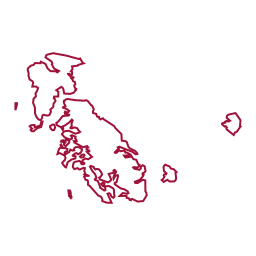 the district of Prince of Wales-Hyder, United States of America
{"feature_id": "52423323B55198873775030", "entity_name": "Prince of Wales-Hyder", "entity_type": "district", "adm_level": 2, "iso_a3": "USA", "parent_name": "United States of America", "parent_adm1": "", "projection": "robinson", "projection_center": [-133.066, 55.883], "detail": "fine", "context": "isolated", "style": "outline", "palette": "rose", "viewbox_px": 256, "rotation_deg": 0, "n_neighbors": 0, "source": "geoboundaries", "source_scale": "gbopen_adm2", "svg_char_len": 5742}
<svg xmlns="http://www.w3.org/2000/svg" viewBox="0 0 256 256"><path d="M56.3,122.9L57.1,125.3L61.0,127.2L62.7,129.9L63.3,129.1L63.2,128.0L61.9,126.8L64.9,125.5L69.6,122.1L71.8,119.6L72.7,120.4L71.5,123.8L71.8,126.0L70.5,127.6L70.5,128.2L72.0,128.4L74.1,127.4L77.2,128.2L78.7,130.7L80.1,131.8L78.9,132.7L75.3,133.7L68.9,130.8L65.6,131.1L64.0,131.5L61.9,134.3L64.6,137.3L68.9,139.2L70.2,139.4L71.9,138.7L72.0,137.5L70.9,135.7L72.0,135.2L75.6,136.7L75.1,138.5L76.2,139.5L76.7,141.2L73.8,141.1L74.5,142.6L83.0,147.2L87.2,146.1L88.2,147.5L86.6,147.8L86.5,149.5L89.3,150.6L89.3,151.3L86.9,151.9L92.0,156.9L88.1,159.3L85.6,158.5L82.7,160.1L82.2,161.7L84.4,163.2L83.9,164.2L81.6,164.2L80.5,161.8L79.6,160.9L74.6,161.9L73.4,163.3L72.8,166.9L74.3,169.1L77.5,168.1L79.2,169.5L80.1,169.4L83.4,167.9L84.9,168.1L84.3,170.9L85.3,173.7L84.5,174.3L89.5,175.9L85.2,175.9L84.1,176.5L85.5,179.7L87.6,180.3L88.1,182.1L88.0,184.8L89.7,185.9L98.2,195.5L101.1,196.8L102.4,199.3L102.2,201.0L106.8,202.7L111.6,202.8L107.5,193.7L109.3,193.2L110.4,194.1L111.4,196.5L113.4,197.8L114.6,196.2L114.1,194.3L113.9,189.5L112.9,188.2L108.9,186.0L105.5,186.3L104.7,187.0L105.4,188.7L105.3,190.3L104.2,190.5L100.0,187.6L100.2,187.0L97.8,180.9L95.1,180.0L94.8,179.2L96.3,178.1L96.2,177.3L95.2,174.3L92.2,170.8L90.0,166.7L90.7,165.9L93.6,166.9L93.8,167.8L95.4,169.5L96.6,168.9L98.9,169.3L100.9,171.7L102.1,174.5L100.2,177.2L99.1,177.6L99.9,179.4L108.0,182.4L110.7,180.6L111.2,179.4L108.7,173.9L113.5,172.8L113.8,171.4L113.4,170.7L114.3,169.9L115.0,170.2L116.2,171.9L114.1,175.1L113.4,177.6L113.6,178.8L115.5,175.7L117.7,175.1L118.1,176.1L116.5,182.3L114.8,182.7L114.8,184.3L120.9,188.5L124.3,189.3L127.8,191.5L128.4,193.1L127.5,193.7L122.7,193.1L119.7,196.0L126.5,195.9L126.7,197.9L128.9,198.3L129.6,199.9L130.9,200.2L131.0,199.3L132.1,198.9L137.7,201.6L143.2,201.0L146.7,195.4L146.3,192.6L145.4,191.4L145.3,180.4L142.6,179.9L137.5,183.1L135.1,182.8L134.9,181.8L139.9,179.7L142.6,176.8L143.6,174.7L142.6,174.5L142.6,173.3L145.0,172.0L145.5,171.0L144.6,166.2L142.6,165.2L140.7,167.0L140.8,168.5L139.4,169.8L134.3,168.7L133.2,167.5L134.0,167.1L137.5,167.5L139.1,166.2L139.6,164.9L138.3,164.4L136.3,159.8L133.4,159.1L131.8,156.6L125.4,157.5L124.0,155.6L129.6,155.2L130.7,154.8L130.3,154.4L126.6,152.4L125.4,152.6L124.5,150.6L120.4,151.2L119.1,150.2L116.7,152.7L115.0,152.8L114.8,152.3L118.8,148.3L117.9,147.3L119.3,146.7L132.3,151.8L135.6,154.3L137.4,154.0L137.2,153.2L135.1,150.9L129.7,148.3L128.3,146.6L126.9,142.3L125.7,141.2L121.8,140.7L121.4,134.1L115.5,128.2L114.2,126.1L103.6,119.2L103.2,118.4L101.4,118.7L100.7,119.4L99.3,118.5L99.0,116.9L97.6,116.9L96.9,116.2L96.2,113.9L93.1,113.0L92.9,111.4L93.8,109.3L92.0,105.5L91.2,105.3L87.9,101.1L86.3,100.2L84.4,100.7L75.6,100.2L67.7,99.0L65.6,99.5L64.8,100.7L64.1,100.6L63.7,101.6L64.1,103.4L65.5,106.1L63.3,107.0L63.0,107.6L66.4,108.9L69.2,110.9L67.7,112.7L65.1,111.6L64.7,112.8L65.2,114.0L69.1,114.7L68.8,115.5L62.7,116.0L58.2,121.7L56.3,122.9ZM80.1,58.5L79.2,59.1L66.3,55.6L53.2,53.2L47.4,54.6L46.2,55.3L45.5,57.4L51.6,61.5L52.4,63.6L51.8,64.4L54.1,68.6L59.0,71.0L57.3,72.4L55.8,71.3L50.5,71.1L47.5,68.3L45.5,63.9L40.8,61.8L40.5,63.2L34.9,63.1L33.6,64.9L30.8,65.7L27.9,68.5L27.7,70.1L28.7,73.3L28.5,75.6L29.6,79.5L32.2,81.0L33.2,82.5L32.3,86.6L36.0,86.5L38.1,88.0L36.8,91.5L35.5,93.3L35.9,96.3L33.5,98.9L33.1,102.9L34.9,107.4L35.0,113.2L36.2,116.5L38.3,119.3L40.8,120.3L42.1,117.9L42.3,115.7L43.3,114.8L47.6,115.6L49.4,115.0L51.0,111.7L50.3,109.6L53.3,106.9L53.5,103.7L55.5,101.0L54.9,99.1L53.8,98.3L54.1,96.6L58.2,96.5L58.4,91.8L56.3,90.2L61.4,86.8L63.2,88.5L64.2,93.5L70.1,93.9L73.6,92.7L75.8,90.2L75.4,89.8L76.3,89.0L74.8,87.7L74.2,85.4L75.3,84.3L75.0,82.2L72.9,81.0L72.5,79.4L71.3,78.3L74.2,77.5L71.5,76.9L68.6,74.8L68.1,73.9L69.1,73.7L70.4,74.7L72.1,74.6L72.0,71.8L70.9,71.3L72.6,69.0L72.0,66.4L77.8,65.6L78.3,64.9L83.6,63.3L82.6,62.7L80.1,58.5ZM233.7,135.0L234.9,132.6L236.9,131.6L240.6,126.4L240.0,126.1L240.5,120.2L235.5,113.1L228.2,114.7L227.0,115.8L226.7,117.8L230.1,120.7L228.1,121.6L226.8,120.8L225.0,121.8L225.3,122.6L222.2,123.3L222.0,124.2L224.7,126.6L225.8,126.2L226.9,127.6L226.4,128.8L226.7,129.4L233.7,135.0ZM57.5,154.0L59.9,153.1L64.9,155.8L65.5,157.8L65.0,159.9L62.3,162.5L62.2,163.2L64.9,166.8L66.0,167.4L67.7,162.2L71.6,159.5L75.4,158.4L75.5,156.2L73.2,156.1L72.8,155.3L75.1,153.5L76.5,153.1L78.3,154.3L80.9,152.4L82.1,149.9L81.9,149.2L79.0,147.2L75.7,147.1L74.3,148.2L73.7,149.4L74.2,150.3L72.4,150.6L70.3,149.6L69.4,151.9L65.8,154.1L64.8,153.9L64.5,153.2L65.1,151.9L67.1,151.0L67.4,149.0L65.9,148.3L60.2,147.8L58.9,149.1L57.5,154.0ZM161.7,180.0L163.7,181.9L167.3,179.8L169.6,181.5L174.3,181.4L175.9,179.6L176.1,178.0L175.5,172.6L176.5,172.0L173.7,169.2L170.6,168.4L169.6,166.5L165.3,164.7L164.4,165.3L163.5,167.4L164.0,171.1L166.5,173.4L166.0,174.4L164.2,174.4L163.7,175.6L164.5,176.7L163.0,179.1L161.7,180.0ZM29.7,126.2L32.1,128.7L30.7,129.5L30.7,130.3L32.2,131.3L33.7,131.2L37.3,128.2L41.1,127.0L42.6,121.6L41.5,121.6L40.7,123.6L40.8,124.7L40.1,125.5L34.7,127.3L34.5,125.0L31.2,125.2L29.7,126.2ZM50.1,126.1L50.0,127.0L50.8,128.7L52.5,130.2L54.1,130.0L55.1,127.6L54.5,124.9L54.0,124.6L52.6,124.6L50.1,126.1ZM64.0,143.7L64.0,144.6L65.6,146.3L69.3,142.5L69.2,140.8L65.7,139.3L65.5,142.5L64.0,143.7ZM68.4,190.4L69.0,195.8L70.9,198.2L71.6,197.4L70.7,194.6L70.7,192.3L69.9,190.5L68.4,190.4ZM81.5,154.8L80.0,156.7L80.9,157.5L81.9,157.4L83.6,157.0L84.5,155.2L84.0,154.5L81.5,154.8ZM101.2,183.8L102.5,185.8L103.7,186.3L104.4,185.4L104.0,184.1L104.4,183.4L102.8,182.7L101.2,183.8ZM15.4,110.2L17.0,104.3L17.0,103.2L15.4,103.2L15.4,110.2ZM61.3,140.7L61.0,141.6L63.3,142.1L63.8,140.6L63.4,140.2L61.3,140.7ZM60.5,145.0L61.1,146.4L62.2,146.3L61.1,144.4L60.5,145.0Z" fill="none" stroke="#9f1239" stroke-width="2"/></svg>